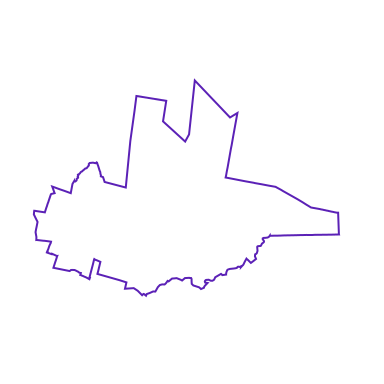 Cosío, Aguascalientes, Mexico, rotated 100°
{"feature_id": "50627088B99350928846043", "entity_name": "Cosío", "entity_type": "district", "adm_level": 2, "iso_a3": "MEX", "parent_name": "Mexico", "parent_adm1": "Aguascalientes", "projection": "mercator", "projection_center": [-102.285, 22.371], "detail": "fine", "context": "isolated", "style": "outline", "palette": "violet", "viewbox_px": 384, "rotation_deg": 100, "n_neighbors": 0, "source": "geoboundaries", "source_scale": "gbopen_adm2", "svg_char_len": 5487}
<svg xmlns="http://www.w3.org/2000/svg" viewBox="0 0 384 384"><g transform="rotate(100 192 192)"><path d="M279.6,185.3L278.0,184.0L277.0,179.8L277.1,179.4L276.9,177.9L277.8,177.3L280.0,176.9L282.5,176.3L283.8,174.5L284.4,170.2L284.6,168.6L285.5,167.0L286.0,166.3L284.2,163.6L283.7,163.6L283.4,163.6L282.2,163.1L278.9,160.9L278.9,162.8L278.9,163.3L278.1,163.8L277.5,163.8L276.7,163.4L276.4,163.2L276.1,162.7L275.5,160.3L276.1,158.1L275.8,156.4L275.2,155.7L274.5,155.0L271.9,154.3L267.6,149.2L268.1,148.3L268.6,147.7L267.4,144.1L267.1,144.2L265.9,144.2L265.0,144.2L264.9,144.2L264.0,144.0L263.0,143.8L262.6,143.6L262.1,143.1L261.2,141.4L260.1,137.6L259.5,135.8L259.3,135.4L259.2,135.1L259.0,134.7L257.9,134.1L257.7,133.9L257.6,133.6L257.5,133.4L257.5,132.0L256.4,130.5L257.2,130.5L256.1,129.8L255.0,129.0L254.8,128.9L253.7,128.5L252.4,128.2L250.5,127.6L249.4,127.2L248.2,126.8L248.6,126.3L248.6,126.2L249.1,125.3L250.2,123.7L251.6,121.7L251.1,121.2L250.0,120.2L249.8,120.0L249.2,119.4L248.9,119.2L248.7,119.0L248.6,118.9L246.8,117.3L244.5,118.8L244.4,118.8L243.1,119.0L242.9,119.0L242.3,118.9L242.1,118.4L241.6,118.0L241.1,117.6L240.2,117.5L239.3,117.3L239.2,117.3L238.3,117.3L237.3,117.6L235.0,118.2L234.4,118.2L234.0,117.8L233.8,117.3L233.4,115.7L233.2,115.0L232.5,114.7L231.7,114.4L230.8,114.2L230.4,113.9L229.5,113.0L228.9,112.6L228.7,112.5L228.2,112.5L227.4,112.9L227.1,113.3L226.7,113.7L226.2,114.2L225.4,114.3L224.8,113.6L224.5,112.2L224.2,111.1L223.7,109.6L222.9,108.6L222.0,108.0L221.3,107.7L221.6,107.6L221.1,105.2L220.6,102.8L220.4,101.5L219.8,98.5L219.3,96.1L219.0,94.9L218.2,90.9L217.0,84.7L216.9,84.2L216.0,79.7L215.5,77.3L215.5,77.2L215.0,74.6L214.4,71.7L214.3,70.7L213.6,66.7L212.7,63.0L212.7,62.7L209.8,47.3L208.3,39.9L208.1,40.0L187.0,44.5L187.2,45.8L187.2,46.0L187.2,48.0L187.1,49.7L187.1,51.3L187.0,53.1L187.0,53.8L186.9,54.7L186.9,56.4L186.8,57.7L186.8,58.9L186.7,60.1L186.7,61.2L186.7,62.2L186.6,63.1L186.6,64.0L186.6,72.0L186.5,72.4L186.2,73.1L184.9,76.4L184.9,76.5L182.9,81.3L180.8,86.8L175.2,102.7L174.5,104.4L172.5,110.4L172.4,110.5L172.4,111.1L172.4,115.7L172.4,117.2L172.4,117.3L172.4,117.5L172.3,124.7L172.3,124.8L172.3,131.5L172.2,132.9L172.2,133.2L172.2,134.4L172.2,140.8L172.1,147.2L172.0,153.1L171.9,159.4L171.9,161.4L169.8,161.3L165.4,161.3L161.5,161.2L161.0,161.2L160.3,161.2L159.6,161.2L159.0,161.2L158.5,161.2L158.1,161.2L157.8,161.2L157.3,161.2L156.7,161.2L156.2,161.2L155.7,161.2L155.3,161.2L154.8,161.2L154.4,161.2L154.1,161.2L153.6,161.2L153.3,161.2L153.1,161.2L152.9,161.2L152.6,161.2L151.7,161.2L151.3,161.2L151.0,161.2L150.7,161.2L149.3,161.2L148.6,161.2L148.1,161.2L147.5,161.2L145.4,161.2L145.0,161.2L144.5,161.2L144.1,161.2L143.5,161.2L142.8,161.2L138.9,161.1L137.3,161.1L128.9,161.1L106.3,161.0L112.0,167.5L81.7,208.6L135.8,204.9L143.5,207.5L127.5,232.8L106.7,233.2L107.1,263.4L122.0,262.7L152.4,261.6L199.1,258.0L197.3,279.8L195.0,281.0L192.8,282.2L192.4,284.5L191.4,284.6L190.3,285.1L190.1,285.3L188.3,285.8L187.7,286.2L186.8,286.8L185.8,287.3L182.1,289.2L181.4,289.7L179.6,290.6L179.4,291.1L180.3,291.7L180.4,292.0L180.3,294.6L181.2,297.8L182.3,298.5L183.7,298.2L184.6,298.6L184.8,298.9L186.2,299.5L186.9,300.0L187.4,301.2L188.7,302.2L189.0,302.4L189.7,303.1L190.1,303.4L190.7,303.7L191.2,304.5L191.5,304.8L191.8,305.0L192.1,305.2L193.1,305.6L193.4,305.9L193.7,306.1L194.0,306.4L194.7,307.3L195.3,306.9L195.5,306.8L196.1,307.2L196.4,307.3L196.5,307.3L196.8,306.9L197.4,306.7L197.8,307.0L198.1,306.9L199.0,307.8L200.6,307.7L200.9,307.9L201.9,308.7L202.0,309.8L201.6,309.9L204.8,311.1L214.2,311.2L213.0,318.1L212.3,322.6L211.8,325.5L211.4,327.6L210.9,330.6L212.1,329.9L217.0,327.1L218.4,330.3L218.8,330.5L219.1,330.6L219.5,330.7L219.8,330.7L220.2,330.8L220.8,330.9L221.1,330.9L221.4,331.0L221.8,331.0L222.1,331.1L222.4,331.1L222.7,331.2L223.1,331.2L223.4,331.3L223.7,331.3L224.0,331.4L224.3,331.4L225.4,331.6L226.5,331.7L227.6,331.9L227.9,332.0L229.9,332.3L231.0,332.4L232.1,332.6L232.6,332.7L237.0,333.3L237.3,333.4L237.6,333.4L237.8,341.5L237.8,343.4L237.9,343.8L237.9,344.1L238.2,344.1L239.7,344.0L240.8,343.9L241.1,343.9L241.7,343.8L242.4,343.2L243.7,342.3L247.6,339.4L247.9,339.1L248.2,339.0L248.5,338.9L253.4,339.0L255.5,339.1L257.8,339.1L258.7,339.1L258.9,339.0L259.3,338.9L260.1,338.6L263.1,337.5L263.4,337.4L264.1,337.3L266.3,337.0L266.2,336.7L266.2,336.3L265.8,329.7L265.7,329.3L265.5,325.5L265.4,322.2L266.9,322.3L267.2,322.4L268.1,322.7L269.7,323.1L270.2,323.2L271.5,323.4L273.0,323.6L273.5,323.7L274.2,323.9L275.9,324.3L275.9,324.0L276.8,324.3L277.6,319.3L277.1,319.2L278.5,313.9L278.4,313.6L278.9,313.7L280.6,313.9L283.6,314.3L284.0,314.4L286.9,314.8L290.7,315.3L291.1,298.8L290.6,298.3L289.8,297.6L289.7,297.1L289.6,296.6L289.2,294.2L289.4,293.2L290.1,291.0L290.3,290.2L290.9,289.3L291.1,287.8L291.1,287.4L293.1,287.6L293.1,287.1L293.4,286.2L293.6,285.1L293.9,283.9L294.1,283.2L294.3,282.1L294.7,280.7L294.8,280.5L295.4,278.7L295.7,277.9L293.9,277.6L293.7,278.1L280.2,277.0L275.4,276.7L275.0,276.6L275.6,275.3L275.7,274.2L276.7,270.1L281.9,270.4L282.7,270.5L283.1,270.5L283.7,270.5L286.7,270.7L287.7,270.8L288.9,270.9L289.1,270.9L291.4,248.3L292.4,240.9L298.9,241.2L296.8,232.7L298.7,228.3L302.3,223.2L300.8,222.1L300.8,221.6L302.1,219.3L300.4,218.9L298.8,216.1L296.7,213.0L296.4,210.8L291.6,209.1L289.2,207.5L288.2,205.4L287.8,202.9L286.5,201.9L284.1,200.7L283.8,200.6L284.1,199.5L280.7,196.6L280.2,194.6L280.1,194.2L279.5,192.2L280.4,187.8L280.9,186.4L279.6,185.3Z" fill="none" stroke="#5b21b6" stroke-width="2"/></g></svg>